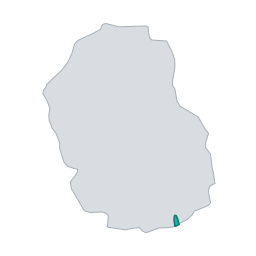 Vevčani on a map of North Macedonia (Equal Earth projection), rotated 265°
{"feature_id": "MKD-2895", "entity_name": "Vevčani", "entity_type": "Statistical Region", "adm_level": 1, "iso_a3": "MKD", "parent_name": "North Macedonia", "parent_adm1": "", "projection": "equal_earth", "projection_center": [20.565, 41.232], "detail": "fine", "context": "in_parent", "style": "filled", "palette": "teal", "viewbox_px": 256, "rotation_deg": 265, "n_neighbors": 0, "source": "natural_earth", "source_scale": "10m", "svg_char_len": 1244}
<svg xmlns="http://www.w3.org/2000/svg" viewBox="0 0 256 256"><g transform="rotate(265 128 128)"><path d="M114.1,58.1L118.7,58.7L128.7,55.9L134.9,52.1L138.0,51.5L142.2,50.1L148.3,50.3L154.4,51.9L162.2,49.7L169.9,46.2L173.0,47.1L176.3,50.1L178.5,50.9L191.4,67.0L198.4,73.5L206.7,78.4L216.2,82.1L219.6,85.5L225.8,102.7L228.7,109.2L232.7,111.1L233.7,113.0L233.9,115.5L229.6,127.6L228.1,154.7L227.0,156.8L222.3,156.7L216.0,157.3L213.6,159.4L211.3,174.0L201.2,178.2L192.1,180.5L184.4,180.0L170.8,176.5L166.4,176.1L162.6,178.1L150.5,179.2L145.2,181.7L132.8,198.9L120.2,204.8L115.9,207.8L106.2,204.0L101.6,203.6L94.9,207.9L80.3,208.4L76.3,209.1L65.0,209.8L64.5,207.5L62.4,204.0L57.2,202.4L46.4,203.8L43.8,201.3L39.3,186.7L35.9,184.4L32.0,179.5L25.4,163.7L25.3,156.8L25.7,150.8L22.1,136.7L24.3,133.1L27.7,130.9L27.7,125.2L26.8,116.6L30.8,99.7L31.8,98.5L32.9,99.3L42.5,100.6L45.0,98.5L46.6,95.2L47.1,82.8L49.4,77.2L72.6,66.3L79.4,65.9L84.7,70.9L88.9,74.1L91.4,74.0L92.3,70.8L95.1,64.6L99.8,61.1L113.9,58.1L114.1,58.1Z" fill="#d9dde1" stroke="#a8b0b8" stroke-width="1"/><path d="M27.4,170.5L26.3,167.8L26.0,166.2L32.0,165.8L34.5,166.1L36.5,166.7L36.9,167.4L36.4,168.4L34.2,169.3L27.4,170.5Z" fill="#14b8a6" stroke="#0f766e" stroke-width="1.5"/></g></svg>